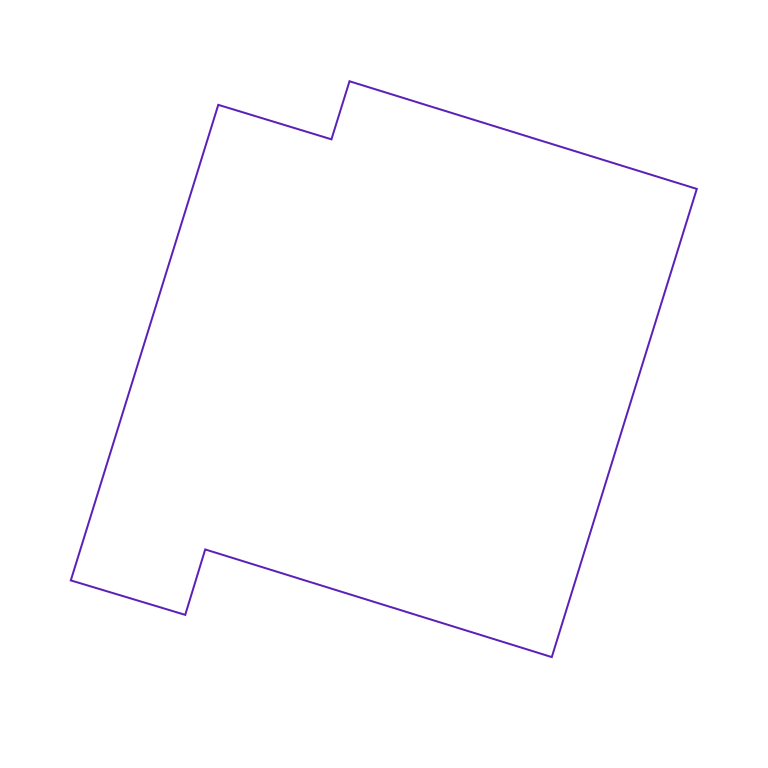 Sac, Iowa, United States of America (Equal Earth projection), rotated 287°
{"feature_id": "52423323B56975486927627", "entity_name": "Sac", "entity_type": "district", "adm_level": 2, "iso_a3": "USA", "parent_name": "United States of America", "parent_adm1": "Iowa", "projection": "equal_earth", "projection_center": [-95.091, 42.386], "detail": "fine", "context": "isolated", "style": "outline", "palette": "violet", "viewbox_px": 768, "rotation_deg": 287, "n_neighbors": 0, "source": "geoboundaries", "source_scale": "gbopen_adm2", "svg_char_len": 286}
<svg xmlns="http://www.w3.org/2000/svg" viewBox="0 0 768 768"><g transform="rotate(287 384 384)"><path d="M662.0,626.1L663.4,262.5L602.6,262.2L602.5,143.9L104.6,141.9L105.1,261.4L173.5,261.4L171.9,624.3L417.0,625.1L662.0,626.1Z" fill="none" stroke="#5b21b6" stroke-width="2"/></g></svg>